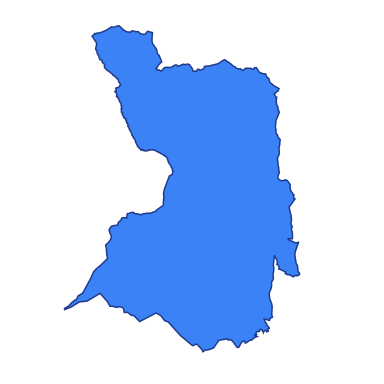 Ponor, Alba, Romania, rotated 276°
{"feature_id": "2599482B26420082553379", "entity_name": "Ponor", "entity_type": "district", "adm_level": 2, "iso_a3": "ROU", "parent_name": "Romania", "parent_adm1": "Alba", "projection": "natural_earth1", "projection_center": [23.399, 46.333], "detail": "fine", "context": "isolated", "style": "filled", "palette": "blue", "viewbox_px": 384, "rotation_deg": 276, "n_neighbors": 0, "source": "geoboundaries", "source_scale": "gbopen_adm2", "svg_char_len": 6021}
<svg xmlns="http://www.w3.org/2000/svg" viewBox="0 0 384 384"><g transform="rotate(276 192 192)"><path d="M302.9,267.3L303.9,267.8L306.4,262.1L309.4,257.8L312.6,256.7L314.9,253.8L316.8,253.2L317.2,252.8L316.9,249.8L317.4,249.3L317.7,247.1L319.5,245.2L321.6,243.8L322.3,243.0L322.3,241.2L320.7,240.5L320.5,239.6L321.1,237.7L320.9,233.3L320.1,231.7L318.2,230.2L318.3,229.5L319.7,227.0L319.2,225.5L320.0,222.5L321.1,221.8L321.3,220.1L323.2,217.6L327.0,210.7L326.1,209.1L322.9,205.4L322.1,204.0L319.9,197.8L319.2,196.6L318.6,192.5L318.1,191.2L315.6,190.9L315.2,189.6L314.2,188.1L314.0,187.4L314.6,186.5L314.6,184.7L312.4,183.9L312.7,182.8L312.0,180.5L314.5,179.6L318.4,176.2L318.8,174.4L317.9,171.6L318.2,169.9L315.9,165.8L315.7,164.5L316.6,163.9L316.6,162.0L313.6,157.9L313.4,153.9L312.9,152.0L312.1,150.9L309.8,149.5L309.0,148.5L309.9,146.8L309.8,145.9L310.2,144.9L310.0,144.0L311.1,143.2L312.0,144.2L314.7,145.3L317.0,147.1L318.2,148.3L324.5,145.0L325.5,143.4L330.3,141.8L335.3,137.3L338.4,136.3L346.4,136.0L347.2,131.1L343.7,128.5L344.0,124.2L345.7,122.0L345.8,121.5L345.6,119.0L346.0,117.3L346.0,115.4L344.9,114.4L344.1,114.1L344.5,113.3L344.6,109.3L345.4,108.7L345.5,107.8L346.1,106.9L349.7,102.1L349.3,100.4L347.6,96.8L347.5,96.3L348.0,95.1L343.7,89.5L341.7,85.8L340.3,82.9L340.3,81.2L339.1,79.6L339.6,78.7L338.3,78.1L336.6,76.3L330.3,81.5L329.2,81.7L324.1,81.2L323.7,81.4L322.3,82.6L319.6,83.4L317.6,85.0L314.2,86.4L313.9,86.7L314.0,87.9L313.6,88.8L311.7,89.0L309.8,91.6L306.7,91.9L304.3,94.6L302.8,97.7L301.8,98.8L301.2,100.4L299.8,101.3L298.6,103.9L297.0,105.3L296.4,106.6L293.7,107.8L291.4,109.8L288.8,108.3L288.2,107.4L287.7,105.8L287.0,105.3L286.0,105.9L284.1,105.7L284.0,104.8L283.6,105.0L283.5,106.2L282.5,106.2L281.1,107.3L279.2,106.8L278.8,107.3L279.0,108.2L277.8,108.5L276.7,109.6L275.7,109.8L273.4,111.3L272.7,112.1L270.8,112.6L270.1,112.5L269.1,113.4L267.4,112.8L267.2,112.9L267.2,113.5L266.6,113.2L264.0,113.4L263.2,114.7L262.5,114.8L262.1,114.4L261.4,114.9L260.9,115.6L259.4,116.0L258.4,116.8L258.4,118.1L256.9,118.4L256.7,119.2L255.7,119.1L255.6,119.6L254.4,119.6L254.1,120.0L254.0,120.5L253.7,120.7L253.1,120.4L252.4,121.2L251.6,121.5L250.5,121.3L250.5,121.9L249.9,122.4L248.1,122.9L248.1,123.3L247.5,123.9L246.7,123.8L243.5,126.3L242.3,126.2L240.9,127.6L240.2,127.8L240.0,128.3L239.3,128.4L238.4,129.7L236.6,130.5L235.8,130.6L234.0,131.9L231.7,133.1L230.8,134.4L229.9,134.8L229.2,136.6L228.3,136.8L228.3,137.1L229.1,137.7L229.1,138.3L228.2,138.8L228.3,139.4L227.9,140.2L228.3,140.8L228.0,141.6L228.2,143.1L228.8,143.7L228.8,144.2L229.5,145.2L229.1,145.8L229.9,147.2L229.5,151.2L229.2,151.5L227.3,156.5L226.9,157.1L226.3,159.3L225.6,159.9L225.7,160.6L224.8,161.3L224.8,162.1L224.0,163.0L221.8,164.4L218.9,165.5L216.9,167.4L213.3,169.7L211.0,170.6L209.0,170.8L207.4,170.5L205.6,167.8L191.7,164.2L187.3,163.8L184.8,164.5L178.4,164.6L175.9,165.0L170.3,158.6L168.7,157.6L168.2,155.9L166.5,153.0L166.3,149.7L165.4,146.9L165.3,145.7L164.0,143.7L164.6,140.2L164.4,137.6L165.5,136.1L165.6,135.0L165.2,133.6L164.2,131.9L163.8,130.0L161.9,129.7L159.4,129.8L159.3,126.4L158.8,124.8L156.7,124.4L154.2,122.0L151.2,121.4L150.5,117.9L149.5,115.5L148.6,114.8L146.1,113.6L145.0,113.6L142.0,115.0L141.4,115.6L140.0,116.2L138.0,116.6L135.2,115.5L132.0,113.4L130.8,112.0L129.9,111.7L126.8,112.7L120.3,113.9L117.1,115.0L110.0,109.2L105.4,104.7L102.4,102.5L96.3,100.6L81.0,94.3L79.5,93.3L76.7,89.5L73.1,88.4L72.1,86.7L69.2,83.8L65.8,81.4L63.5,78.1L62.7,77.3L61.8,77.6L65.0,83.9L70.9,91.4L72.5,99.0L81.6,111.2L74.2,119.3L69.8,122.4L70.2,124.9L69.8,125.8L70.0,126.5L69.4,127.7L69.4,129.3L70.2,130.6L70.1,134.5L69.0,136.0L65.0,137.3L65.7,140.2L62.9,144.8L63.1,146.9L57.7,153.5L68.0,169.0L65.7,174.1L61.2,178.2L60.3,181.9L48.0,195.5L39.2,208.7L41.4,212.6L36.1,218.6L34.3,219.5L36.1,221.7L37.1,225.6L39.2,229.8L47.1,234.1L47.9,236.0L49.2,241.3L49.9,242.3L49.9,242.6L48.5,243.5L49.3,245.9L49.1,246.3L46.7,249.1L42.3,253.0L42.2,254.2L42.7,255.0L46.0,256.2L48.8,257.9L49.0,259.8L48.6,260.2L47.5,260.5L47.6,261.7L50.4,264.7L51.0,266.8L54.1,269.7L55.0,271.8L55.4,270.3L56.2,269.1L56.5,269.5L55.9,270.2L56.0,270.8L56.7,270.3L57.1,270.9L57.4,270.3L58.7,270.7L59.2,270.4L60.1,271.5L60.3,273.4L60.6,273.8L61.8,273.5L62.5,274.4L62.7,274.9L62.6,275.3L60.7,277.2L59.6,277.7L61.2,278.2L61.7,278.6L62.1,280.5L61.9,280.8L60.8,280.9L61.3,282.3L63.5,281.6L64.5,283.1L65.0,282.9L67.3,280.6L68.7,280.0L70.2,278.6L73.2,276.8L73.3,276.9L73.0,279.4L72.5,281.3L72.4,282.5L73.2,282.7L73.9,282.3L74.6,283.0L75.8,285.1L78.7,284.1L86.5,283.7L89.8,282.7L93.8,280.5L98.1,279.5L100.9,279.7L103.8,280.6L107.0,281.0L109.2,280.7L111.5,280.7L112.6,281.5L114.6,282.0L117.4,281.3L123.9,281.5L128.3,280.5L137.8,280.6L136.6,281.0L134.3,282.9L132.3,283.9L130.6,284.3L129.0,283.9L128.5,284.9L126.8,286.5L124.3,286.4L124.4,288.2L123.5,289.2L123.3,290.6L122.2,293.6L121.0,293.1L120.5,293.3L120.4,294.2L119.8,295.2L119.7,296.1L120.1,297.5L119.2,298.5L119.2,300.4L118.2,301.4L120.1,304.2L119.6,305.0L120.0,306.1L121.0,307.4L121.7,307.7L122.9,307.0L124.0,305.7L129.8,304.6L132.3,302.8L134.0,302.6L135.5,302.0L140.1,300.9L142.7,300.8L153.1,303.2L152.9,302.2L152.1,300.8L152.2,300.1L153.2,297.6L154.3,293.8L155.2,292.4L156.0,293.4L155.7,294.7L156.0,296.7L158.4,296.6L162.3,296.0L165.7,294.6L167.6,295.3L168.3,295.2L169.1,294.5L170.7,294.0L171.1,293.5L174.7,293.9L178.9,293.0L187.0,290.1L195.9,295.2L196.0,295.0L195.5,294.2L195.6,293.9L199.9,293.6L200.0,292.7L201.2,292.2L203.9,289.9L207.8,288.9L209.7,288.9L212.5,286.3L213.3,285.5L213.9,284.3L213.7,283.0L212.7,281.2L212.6,279.6L213.0,278.0L214.3,276.4L216.0,275.7L216.9,275.8L220.7,276.9L223.1,275.8L224.9,275.8L227.1,275.0L234.9,273.4L237.3,274.4L239.8,274.8L244.9,273.9L248.3,274.3L250.4,274.1L253.0,274.3L254.5,273.2L254.8,272.3L258.0,270.8L258.6,269.8L260.2,269.2L263.1,269.0L264.8,268.2L271.8,268.0L280.4,270.5L283.7,268.8L285.2,268.7L287.8,267.0L291.6,266.2L294.8,266.3L294.5,265.8L295.4,265.5L297.8,263.4L298.8,264.5L300.5,265.7L301.7,267.3L302.9,267.3Z" fill="#3b82f6" stroke="#1e3a8a" stroke-width="1.5"/></g></svg>